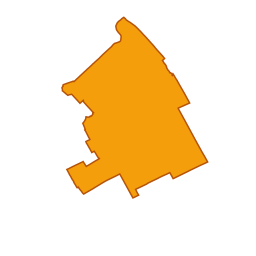 the district of Sadova, Dolj, Romania, rotated 44°
{"feature_id": "2599482B91808724077268", "entity_name": "Sadova", "entity_type": "district", "adm_level": 2, "iso_a3": "ROU", "parent_name": "Romania", "parent_adm1": "Dolj", "projection": "natural_earth1", "projection_center": [23.935, 43.87], "detail": "fine", "context": "isolated", "style": "filled", "palette": "amber", "viewbox_px": 256, "rotation_deg": 44, "n_neighbors": 0, "source": "geoboundaries", "source_scale": "gbopen_adm2", "svg_char_len": 4938}
<svg xmlns="http://www.w3.org/2000/svg" viewBox="0 0 256 256"><g transform="rotate(44 128 128)"><path d="M140.1,206.2L141.1,206.3L141.7,206.3L142.0,206.3L142.9,203.1L144.7,197.0L145.7,193.0L147.1,187.8L147.4,186.5L148.6,182.1L149.5,179.4L152.7,170.7L153.1,169.5L154.0,166.8L156.6,167.6L160.5,168.8L169.2,171.5L180.1,174.9L181.0,172.6L181.8,170.3L182.3,168.9L180.1,168.3L176.4,167.0L176.1,166.9L176.5,165.7L178.3,160.9L179.3,158.2L180.4,155.3L180.5,154.3L181.1,152.6L181.7,150.9L184.6,143.1L184.7,142.6L184.9,141.9L185.3,140.9L186.3,138.2L186.7,137.3L187.1,136.2L188.1,133.8L188.9,131.5L189.0,131.1L189.3,131.1L194.8,132.8L195.6,133.1L195.8,132.7L196.8,129.9L200.0,121.1L201.1,118.1L202.1,115.1L203.2,112.2L204.2,109.4L204.4,108.9L206.2,104.1L208.2,99.0L208.9,97.1L203.4,95.4L197.3,93.7L194.8,92.9L192.8,92.3L182.4,89.1L180.9,88.6L165.1,83.6L158.7,81.6L151.6,79.4L150.3,78.9L150.5,78.3L155.0,67.2L147.3,64.8L145.8,64.3L142.0,63.2L135.1,61.2L131.1,60.0L130.4,59.7L130.0,59.6L129.3,59.5L128.0,59.2L124.1,58.1L123.2,57.9L123.4,58.2L123.4,58.4L123.4,58.5L123.5,58.7L123.5,58.9L123.5,59.4L123.0,59.4L122.6,58.8L122.5,58.6L122.4,58.6L122.1,58.5L121.9,58.5L121.7,58.5L121.3,58.6L121.2,58.6L120.9,58.6L120.6,58.6L120.4,58.6L120.2,58.9L120.0,59.1L119.9,59.1L119.7,59.2L119.4,59.0L119.2,59.0L119.1,58.9L118.9,58.8L118.7,58.8L118.6,58.7L118.4,58.7L118.1,58.6L117.8,58.6L117.7,58.6L117.4,58.6L117.0,58.6L116.9,58.6L116.7,58.6L116.3,58.5L116.2,58.5L116.1,58.4L115.7,58.3L114.4,58.0L114.2,57.8L113.8,57.7L113.6,57.6L113.5,57.4L113.2,57.2L112.9,57.2L112.7,57.1L112.3,56.8L112.1,56.7L111.9,56.7L111.7,56.6L111.4,56.6L111.2,56.5L110.8,56.4L110.7,56.3L110.4,56.4L110.1,56.4L109.7,56.3L109.3,56.3L109.2,56.2L108.8,56.3L108.2,56.1L107.9,56.0L107.3,55.8L106.9,55.8L106.5,55.6L105.9,55.5L106.0,54.5L106.0,53.5L106.1,52.6L105.5,52.5L104.6,52.4L104.1,52.3L103.9,52.3L103.5,52.3L103.2,52.3L103.1,52.2L98.6,51.9L95.3,51.7L91.9,51.4L89.0,51.0L85.5,50.8L77.3,50.2L74.1,50.1L69.7,49.8L68.2,49.8L66.3,49.7L64.8,49.7L63.3,49.7L63.1,49.7L62.8,49.7L62.1,49.7L61.7,49.8L60.6,49.9L59.7,50.1L57.2,50.4L56.0,50.6L55.2,50.8L54.5,51.0L53.7,51.1L52.3,51.3L51.8,51.5L51.3,51.4L50.8,51.3L50.2,51.2L48.9,51.3L48.1,51.3L48.0,52.0L47.9,52.2L47.9,52.4L47.8,52.5L47.6,53.6L47.6,55.6L47.6,55.8L47.5,56.0L47.4,56.2L47.4,56.5L47.2,57.1L47.2,57.4L47.3,57.9L47.1,59.1L47.4,60.4L47.6,60.9L47.7,61.1L47.9,61.4L48.0,62.2L48.2,62.7L48.7,63.4L51.3,65.2L52.4,65.5L53.6,65.8L54.5,65.9L55.2,66.0L55.5,66.0L56.7,66.1L57.5,66.1L58.2,66.3L58.8,66.5L59.4,66.9L59.7,67.2L61.2,69.1L61.5,69.5L62.0,70.4L62.1,70.8L62.1,71.0L62.0,71.9L61.8,72.1L61.6,72.5L61.4,73.1L61.1,73.6L60.9,74.2L60.3,75.2L60.1,75.7L59.9,75.9L59.6,76.4L59.4,78.0L59.6,81.1L59.2,87.2L58.9,92.5L58.8,98.8L58.6,100.6L58.5,102.5L58.4,103.4L58.4,104.5L58.2,106.2L58.2,107.0L58.2,108.0L58.1,110.0L58.0,112.0L57.8,114.2L57.8,115.8L57.6,118.2L57.6,118.7L57.4,122.6L57.3,123.5L57.3,124.7L57.2,126.8L57.1,128.0L57.0,130.6L56.9,132.2L56.5,132.3L56.0,132.4L56.0,132.6L55.6,133.4L55.2,134.2L54.5,135.5L53.9,136.7L53.2,138.0L52.8,138.9L52.2,140.1L51.4,141.7L51.3,141.9L51.8,142.8L52.2,143.2L52.2,143.3L52.3,143.3L52.3,143.5L52.4,144.0L52.4,144.6L52.5,144.8L52.6,145.0L53.4,145.4L54.1,145.9L54.4,146.2L54.6,146.4L54.9,146.8L55.8,146.7L59.6,146.5L62.0,146.3L62.6,145.0L63.2,144.2L64.0,142.9L65.4,142.9L66.7,143.0L71.9,143.3L75.2,143.5L76.3,143.6L76.3,143.1L76.6,139.2L76.8,139.3L77.3,139.6L77.7,140.0L78.2,140.1L79.7,140.2L82.2,140.4L85.5,140.6L87.8,140.7L90.4,140.9L92.5,141.0L92.4,141.2L92.3,141.4L92.2,141.6L92.3,141.8L92.5,142.0L92.8,142.2L93.0,142.4L93.1,142.6L93.3,142.8L93.3,143.0L93.2,143.2L93.2,143.5L93.3,143.7L93.3,144.1L93.4,144.4L93.3,144.7L93.0,145.0L93.1,145.5L92.8,145.6L92.6,145.8L92.6,146.1L92.6,146.4L92.5,146.6L92.6,146.8L92.4,147.1L92.2,147.4L91.9,147.8L91.6,148.1L91.1,148.4L90.6,148.7L90.3,148.9L90.0,149.3L90.6,149.8L91.1,150.7L91.7,152.3L92.2,155.0L92.2,156.0L94.3,156.9L96.3,157.8L97.5,158.4L98.3,158.7L98.2,159.4L100.5,160.0L103.0,160.9L106.2,162.0L108.0,162.5L108.6,162.7L108.3,163.8L107.8,164.9L107.1,167.0L108.2,167.6L109.4,167.9L109.8,168.0L111.1,168.4L112.3,168.7L113.5,169.1L114.6,169.4L116.0,169.8L119.0,170.8L119.2,170.1L119.9,168.2L121.5,168.5L125.8,169.7L127.2,170.0L127.5,170.1L127.9,169.9L128.1,169.9L128.4,169.8L128.7,169.9L128.6,170.5L128.2,171.7L127.7,173.4L126.9,176.3L126.1,179.5L124.9,183.8L124.7,184.6L122.8,184.2L119.0,183.3L118.8,184.1L117.4,187.8L116.3,190.7L114.9,194.5L114.5,195.7L114.1,196.8L113.6,198.4L112.8,200.3L115.0,201.0L115.9,201.3L117.3,201.7L117.4,201.8L117.6,201.9L117.8,202.0L118.7,202.3L118.9,202.3L119.1,202.3L119.4,202.4L119.6,202.4L120.2,202.6L120.7,202.8L121.2,202.9L121.9,203.2L123.9,203.8L124.2,203.8L125.5,204.1L125.9,204.1L126.1,204.2L126.2,204.3L126.3,204.5L126.7,204.6L127.0,204.8L128.2,205.1L129.1,205.3L130.8,205.8L132.3,206.2L132.9,206.3L133.2,205.1L133.8,205.2L135.1,205.5L136.6,205.7L137.9,205.8L140.1,206.2Z" fill="#f59e0b" stroke="#b45309" stroke-width="1.5"/></g></svg>